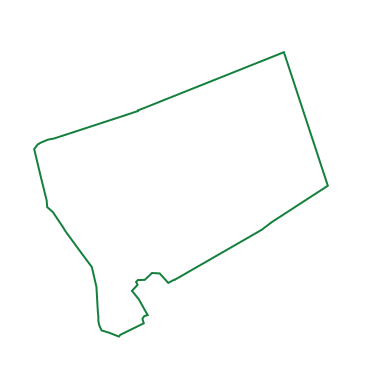 outline of Tal al-Kabir, al-, Al Isma`iliyah, Egypt, rotated 247°
{"feature_id": "37247803B71444962307175", "entity_name": "Tal al-Kabir, al-", "entity_type": "district", "adm_level": 2, "iso_a3": "EGY", "parent_name": "Egypt", "parent_adm1": "Al Isma`iliyah", "projection": "equal_earth", "projection_center": [31.89, 30.417], "detail": "fine", "context": "isolated", "style": "outline", "palette": "green", "viewbox_px": 384, "rotation_deg": 247, "n_neighbors": 0, "source": "geoboundaries", "source_scale": "gbopen_adm2", "svg_char_len": 983}
<svg xmlns="http://www.w3.org/2000/svg" viewBox="0 0 384 384"><g transform="rotate(247 192 192)"><path d="M117.9,141.5L130.0,241.5L133.1,253.6L144.7,319.5L145.1,319.5L256.9,328.9L284.8,331.2L284.8,330.7L287.6,202.6L288.1,179.0L288.3,173.2L288.3,173.3L287.6,174.8L288.4,164.7L295.2,85.5L295.9,82.7L296.5,79.5L296.5,71.9L296.4,71.1L296.3,70.6L296.3,70.4L296.2,70.0L296.1,68.6L293.2,63.5L263.5,58.5L241.0,54.9L239.4,54.4L234.7,52.8L228.0,56.0L225.8,56.5L219.8,57.6L210.1,59.5L205.7,60.1L191.5,63.4L189.8,63.8L177.1,66.8L162.0,70.5L141.8,66.9L123.2,60.2L117.8,58.3L117.0,58.1L112.8,56.7L112.5,56.5L109.9,55.4L105.2,54.5L99.9,54.7L94.7,60.9L87.5,68.2L87.7,68.6L88.1,69.4L88.5,70.2L88.6,71.2L88.6,71.5L88.8,74.9L89.4,85.6L90.0,96.3L94.6,96.8L96.4,99.5L96.0,103.1L102.1,102.4L114.1,101.1L124.5,98.1L127.8,105.6L131.1,105.4L132.1,107.7L129.6,114.2L131.8,120.2L133.1,123.5L129.7,130.4L120.3,133.7L117.6,134.6L118.2,141.4L117.9,141.5Z" fill="none" stroke="#15803d" stroke-width="2"/></g></svg>